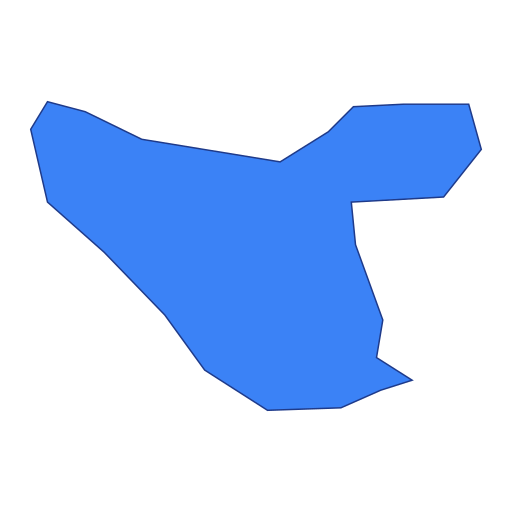 SVG path tracing the border of Three Kings Islands
{"feature_id": "NZL-5476", "entity_name": "Three Kings Islands", "entity_type": "state/province", "adm_level": 1, "iso_a3": "NZL", "parent_name": "New Zealand", "parent_adm1": "", "projection": "robinson", "projection_center": [172.139, -34.157], "detail": "fine", "context": "isolated", "style": "filled", "palette": "blue", "viewbox_px": 512, "rotation_deg": 0, "n_neighbors": 0, "source": "natural_earth", "source_scale": "10m", "svg_char_len": 416}
<svg xmlns="http://www.w3.org/2000/svg" viewBox="0 0 512 512"><path d="M353.4,106.7L403.7,104.2L468.7,104.2L481.3,149.4L443.6,197.0L351.3,202.1L355.5,244.7L382.8,320.0L376.5,357.6L412.1,380.2L380.7,390.2L340.9,407.8L267.5,410.3L204.7,370.1L164.8,315.0L104.1,252.2L47.5,202.1L30.7,129.3L47.5,101.7L85.2,111.7L141.8,139.3L280.1,161.9L328.3,131.8L353.4,106.7Z" fill="#3b82f6" stroke="#1e3a8a" stroke-width="1.5"/></svg>